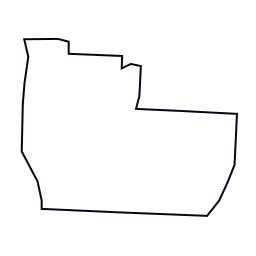 the district of Yates, New York, United States of America, rotated 183°
{"feature_id": "52423323B19157599393340", "entity_name": "Yates", "entity_type": "district", "adm_level": 2, "iso_a3": "USA", "parent_name": "United States of America", "parent_adm1": "New York", "projection": "robinson", "projection_center": [-77.099, 42.612], "detail": "fine", "context": "isolated", "style": "outline", "palette": "ink", "viewbox_px": 256, "rotation_deg": 183, "n_neighbors": 0, "source": "geoboundaries", "source_scale": "gbopen_adm2", "svg_char_len": 482}
<svg xmlns="http://www.w3.org/2000/svg" viewBox="0 0 256 256"><g transform="rotate(183 128 128)"><path d="M199.2,42.8L130.4,43.3L44.3,44.4L43.6,45.6L33.1,60.4L25.8,78.7L19.7,96.7L19.7,103.8L19.9,147.8L76.1,147.8L121.0,147.5L118.3,160.4L118.4,190.5L128.5,192.1L137.4,187.3L137.6,199.6L191.1,199.0L191.8,211.1L202.6,213.3L236.3,211.2L231.3,194.0L233.7,167.3L234.3,146.5L232.9,99.0L215.5,69.9L210.4,50.9L210.0,42.7L199.2,42.8Z" fill="none" stroke="#020617" stroke-width="2"/></g></svg>